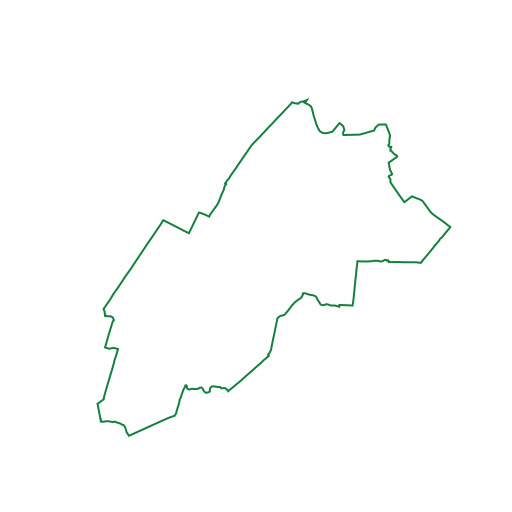 the district of Bucsani, Giurgiu, Romania, rotated 344°
{"feature_id": "2599482B97241972850799", "entity_name": "Bucsani", "entity_type": "district", "adm_level": 2, "iso_a3": "ROU", "parent_name": "Romania", "parent_adm1": "Giurgiu", "projection": "robinson", "projection_center": [25.651, 44.361], "detail": "fine", "context": "isolated", "style": "outline", "palette": "green", "viewbox_px": 512, "rotation_deg": 344, "n_neighbors": 0, "source": "geoboundaries", "source_scale": "gbopen_adm2", "svg_char_len": 6019}
<svg xmlns="http://www.w3.org/2000/svg" viewBox="0 0 512 512"><g transform="rotate(344 256 256)"><path d="M191.9,378.2L197.8,375.8L201.3,374.2L203.6,373.2L208.1,371.2L209.2,370.5L211.5,369.5L215.8,367.4L220.0,365.5L220.9,365.1L225.0,363.0L231.2,360.2L232.3,359.5L234.6,358.3L237.3,357.2L238.3,356.6L240.7,355.6L240.5,355.3L240.3,354.2L241.8,353.4L242.2,353.0L243.4,351.6L244.0,351.1L244.2,350.8L244.5,350.6L245.8,347.8L259.5,321.7L262.5,320.4L263.0,320.3L266.0,320.5L266.9,320.4L267.5,320.2L271.7,317.4L277.1,313.3L280.4,311.4L280.5,311.3L281.8,310.7L284.2,309.8L287.1,308.9L288.2,308.3L288.7,307.9L290.5,306.0L290.9,305.5L291.0,305.2L290.8,305.1L291.1,304.8L291.9,305.0L293.1,305.5L294.5,306.4L295.5,307.1L296.4,307.7L300.2,309.6L300.8,310.0L302.0,311.0L302.3,311.4L302.6,312.0L302.9,313.0L302.9,313.9L303.1,314.8L303.4,315.9L304.0,317.3L304.3,319.1L304.5,319.7L304.7,320.2L305.4,321.0L306.1,321.4L306.7,321.7L307.6,321.8L309.0,321.9L309.7,321.7L310.2,321.8L311.3,322.1L311.8,322.4L312.6,323.1L313.5,323.7L314.9,324.4L316.4,324.9L317.2,325.0L318.0,325.3L318.9,325.8L322.0,327.7L322.7,326.1L331.1,328.8L335.1,330.3L336.9,326.6L339.7,319.7L343.3,310.6L343.6,310.2L344.2,308.2L346.0,303.9L346.0,303.7L346.4,302.9L347.6,300.1L348.3,298.1L352.1,289.0L356.6,290.5L361.6,292.0L365.3,292.8L366.2,293.0L367.7,293.0L371.2,294.0L372.0,294.3L373.6,295.3L374.5,295.7L375.7,295.8L376.3,295.8L377.7,295.4L379.7,295.4L380.5,296.6L381.3,296.4L381.6,296.4L382.0,296.7L382.2,297.3L382.2,297.7L382.0,298.4L385.0,299.4L389.3,300.5L392.1,301.3L395.7,302.6L401.7,304.3L405.2,305.3L408.6,306.3L410.0,307.0L412.4,307.9L412.8,308.0L414.3,306.7L415.9,305.6L419.2,303.4L427.8,297.5L431.1,295.1L433.8,293.3L435.6,292.1L436.2,291.8L436.8,291.2L437.3,290.5L437.7,290.2L439.3,289.5L440.2,289.2L441.6,288.0L449.2,282.9L450.6,281.9L450.8,281.5L449.3,279.8L448.2,278.3L446.3,275.7L444.1,272.8L439.3,266.9L437.7,264.8L437.1,263.9L436.1,262.1L434.9,259.2L434.0,256.5L432.0,251.0L431.7,250.1L430.9,248.5L428.5,246.3L426.6,245.0L423.3,242.4L422.4,241.6L413.4,245.2L408.5,231.2L405.5,222.1L405.5,221.8L405.6,221.6L406.2,220.3L406.3,220.0L406.3,219.6L406.2,218.9L405.4,216.5L405.5,216.0L405.8,215.8L409.2,215.1L409.4,214.9L409.4,214.5L408.7,210.6L408.6,209.3L409.0,205.9L409.2,204.2L409.2,202.9L417.6,200.0L418.9,199.5L419.2,199.2L418.7,197.8L417.5,196.7L416.7,195.6L416.0,194.4L415.0,192.3L414.4,191.9L414.7,191.6L414.5,191.2L414.5,190.6L414.6,190.3L415.9,188.8L416.1,188.3L415.8,188.1L415.3,188.1L415.2,188.1L414.9,187.9L414.2,187.6L413.9,187.3L413.7,186.7L413.7,186.1L414.4,185.7L414.8,185.2L416.2,181.5L416.6,180.2L416.9,179.5L417.3,179.2L418.1,176.8L418.0,174.9L417.5,169.0L417.0,165.3L410.2,163.5L406.3,165.4L404.5,167.5L404.1,168.0L401.7,167.9L389.2,167.9L373.4,163.8L373.4,162.3L374.2,160.7L375.7,159.3L375.7,158.8L375.6,155.1L372.9,151.3L363.8,157.5L359.4,157.5L357.0,157.3L354.3,156.3L352.8,154.8L351.7,153.6L350.7,149.5L350.4,146.7L350.1,137.6L350.4,129.6L350.1,127.4L348.7,125.5L345.0,122.0L346.2,121.2L346.9,120.9L347.8,120.1L346.0,120.4L345.5,120.3L343.7,120.5L342.6,120.2L341.7,120.1L339.4,120.7L338.2,121.3L337.3,120.5L334.7,119.6L334.2,118.9L333.4,118.3L333.1,118.2L332.9,118.2L332.6,118.4L332.1,118.9L331.3,119.5L330.5,120.0L329.6,120.4L328.7,121.1L327.5,121.7L326.0,122.6L319.1,126.7L314.3,129.4L308.1,133.2L304.7,135.1L292.6,142.4L288.1,144.9L283.1,147.8L282.6,148.1L269.8,158.6L263.5,163.8L260.9,166.1L258.6,167.8L253.6,171.9L251.7,173.8L249.8,175.1L249.3,175.3L248.6,176.0L246.4,177.6L247.0,178.3L247.2,178.7L246.7,179.0L245.9,179.4L245.6,179.6L244.9,180.8L244.0,181.9L243.8,182.6L243.6,183.0L240.4,186.8L238.1,189.7L236.5,191.8L235.9,192.8L235.2,193.3L234.9,193.9L233.9,195.1L232.3,196.5L228.6,199.4L225.9,201.5L222.9,203.9L221.9,205.3L218.5,202.3L214.3,199.1L213.1,198.5L197.8,215.6L194.1,212.3L187.5,206.0L176.7,196.0L173.0,199.4L170.4,201.6L167.3,204.1L163.8,207.1L157.1,212.6L148.3,220.0L147.7,220.6L145.1,222.7L136.2,230.3L132.3,233.7L126.7,238.1L123.0,241.1L121.8,242.3L113.7,249.1L109.1,252.7L107.9,253.7L106.4,255.2L104.9,256.5L104.1,257.4L94.8,265.0L95.2,267.6L94.7,269.7L94.7,270.0L94.8,270.2L95.0,270.3L94.9,270.8L94.5,271.3L94.4,271.6L94.3,271.9L94.4,272.2L99.9,274.0L101.5,275.8L101.5,276.0L101.5,276.9L101.7,277.8L101.7,278.3L101.7,278.5L101.3,278.8L100.4,279.3L98.7,281.8L97.6,283.5L97.0,284.6L95.7,286.3L94.9,287.7L94.2,288.7L93.5,289.8L85.7,302.3L87.1,303.3L89.0,304.5L90.8,304.9L93.7,305.0L97.7,307.4L97.2,308.3L93.5,314.0L91.5,316.8L89.9,319.7L87.2,324.1L76.5,340.8L71.1,349.6L69.9,351.9L62.9,354.4L62.6,358.2L61.9,366.2L61.5,369.6L61.9,369.7L62.0,369.9L61.8,370.5L61.4,371.3L61.2,372.4L61.7,372.8L62.5,372.8L62.9,373.0L63.5,373.2L67.7,373.8L69.3,374.6L70.1,374.8L71.5,375.7L72.5,376.2L72.9,376.2L73.6,376.0L74.4,376.4L75.0,376.5L76.6,377.9L77.1,378.1L77.7,378.6L79.6,379.9L80.7,381.0L80.8,381.2L80.9,381.4L82.1,382.1L82.3,382.3L82.7,383.4L82.9,384.3L83.1,385.6L83.0,386.7L83.1,389.5L83.4,390.7L83.6,391.2L83.6,391.9L84.1,393.0L84.2,393.5L84.3,393.8L123.5,388.0L128.7,387.4L133.8,387.1L134.1,386.7L135.0,386.0L136.3,384.7L136.9,383.2L137.4,382.6L137.7,382.1L139.1,380.0L139.5,379.1L140.5,377.9L141.7,375.7L142.6,374.3L142.8,373.9L142.9,373.3L143.2,372.8L145.1,370.7L145.7,369.6L148.1,366.3L149.1,364.8L150.9,363.0L151.5,362.4L152.5,360.9L153.1,361.0L153.3,361.1L153.6,361.4L153.6,361.9L153.4,363.0L153.4,363.9L153.5,364.5L153.7,365.0L153.9,365.3L154.5,365.7L155.3,365.9L157.4,366.0L158.4,366.2L160.7,367.1L162.9,367.6L164.6,367.5L165.3,367.2L165.9,367.1L166.9,367.2L167.3,367.4L167.5,367.5L167.8,368.1L168.0,368.5L168.2,369.2L168.6,371.2L168.9,371.9L169.6,373.1L170.0,373.5L170.3,373.7L170.6,373.8L171.4,373.9L172.1,373.8L173.5,373.8L174.1,373.6L174.5,373.1L174.8,371.6L175.0,371.2L175.8,370.3L176.1,370.1L177.3,369.3L177.7,369.2L179.9,369.8L180.7,370.3L181.7,370.6L183.0,371.5L185.2,371.9L185.5,372.2L185.7,372.5L185.8,372.8L186.0,373.3L186.3,373.6L188.2,374.1L189.0,374.2L190.1,374.7L190.6,375.2L190.8,376.1L191.5,376.7L191.7,377.1L191.9,377.4L191.9,378.2Z" fill="none" stroke="#15803d" stroke-width="2"/></g></svg>